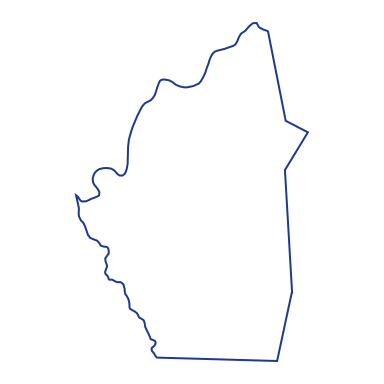 St. Joseph Estate, Dennery, Saint Lucia (Equal Earth projection)
{"feature_id": "8701671B99871718233737", "entity_name": "St. Joseph Estate", "entity_type": "district", "adm_level": 2, "iso_a3": "LCA", "parent_name": "Saint Lucia", "parent_adm1": "Dennery", "projection": "equal_earth", "projection_center": [-60.918, 13.902], "detail": "fine", "context": "isolated", "style": "outline", "palette": "blue", "viewbox_px": 384, "rotation_deg": 0, "n_neighbors": 0, "source": "geoboundaries", "source_scale": "gbopen_adm2", "svg_char_len": 2961}
<svg xmlns="http://www.w3.org/2000/svg" viewBox="0 0 384 384"><path d="M78.9,208.2L78.8,210.3L78.7,213.9L79.0,216.3L79.9,218.4L81.2,220.8L82.7,222.2L83.6,223.4L84.8,225.7L85.7,228.2L87.4,233.3L88.1,235.2L89.3,236.4L89.9,237.7L90.5,238.0L94.2,239.6L97.0,240.6L98.1,241.6L99.4,243.2L100.1,244.5L100.9,245.7L103.7,246.6L106.4,246.8L107.6,247.6L108.1,248.3L108.7,250.3L108.7,251.1L108.7,253.5L105.3,258.3L105.3,259.0L105.5,261.2L106.5,264.0L107.0,265.5L107.0,266.7L106.1,269.0L105.2,271.6L105.1,272.4L105.6,274.1L107.2,275.5L107.8,276.4L108.2,277.2L108.7,279.0L109.3,279.7L110.6,279.7L112.0,279.6L113.1,280.2L115.7,281.6L117.2,282.1L120.3,282.1L121.2,282.6L122.0,283.1L123.3,284.3L123.9,286.1L124.6,288.8L124.7,289.7L124.7,291.1L125.0,292.8L125.3,294.2L126.5,295.6L128.2,298.6L128.9,300.9L129.4,303.6L129.5,307.1L129.7,308.1L130.2,308.9L132.7,310.4L134.9,311.6L136.9,313.1L137.9,314.8L139.0,317.3L139.4,317.6L141.6,318.9L143.3,319.9L144.0,320.9L144.7,323.4L145.3,327.2L146.6,329.9L148.1,332.9L149.8,336.6L150.7,339.2L152.6,339.8L155.0,341.0L155.6,342.4L155.4,343.9L154.5,345.7L152.0,347.7L151.5,349.1L151.9,350.8L154.1,353.4L155.2,355.6L156.9,357.6L277.1,361.0L291.7,293.0L292.1,292.9L285.0,171.0L284.9,170.1L307.9,132.3L285.7,120.8L268.1,31.8L267.5,31.0L265.1,30.2L263.0,29.4L262.0,28.8L260.6,28.2L258.8,27.0L256.6,23.0L253.0,23.2L252.3,23.7L250.4,25.2L249.1,26.4L245.4,30.7L243.7,31.9L242.9,32.4L241.2,33.5L240.0,35.3L238.5,38.0L238.1,39.3L237.9,39.8L237.2,41.3L236.5,42.6L235.9,43.6L235.2,44.6L233.7,45.6L232.0,46.3L230.8,46.7L225.3,48.6L225.0,48.8L218.4,50.4L215.6,51.3L215.2,51.5L213.2,53.0L212.4,54.2L212.0,54.7L210.8,56.9L209.9,59.1L209.6,59.8L208.1,64.7L206.9,67.6L205.3,72.6L203.3,77.0L203.1,77.3L201.2,80.8L199.7,82.6L199.1,83.4L197.3,84.3L196.6,84.5L194.2,85.7L193.3,86.0L191.7,86.4L187.5,87.3L183.9,87.3L179.8,86.4L175.7,84.7L173.1,82.5L169.4,80.4L166.9,79.9L165.7,79.7L164.1,79.5L163.3,79.5L161.4,79.9L160.1,80.8L159.9,80.9L159.7,81.4L158.8,83.1L157.3,87.4L155.5,92.9L154.9,94.9L152.8,98.1L150.6,100.3L147.2,102.1L144.9,103.3L144.0,104.3L142.1,106.5L140.9,108.8L140.5,109.4L138.1,114.4L137.5,115.4L135.9,119.2L134.3,123.0L132.6,127.1L131.2,131.4L128.9,139.6L128.4,144.1L128.1,146.5L127.8,157.1L127.7,162.1L127.7,163.4L126.7,169.1L125.5,172.5L125.2,173.1L124.7,173.8L123.5,174.8L122.5,175.5L119.7,175.5L117.6,174.2L117.4,174.0L115.7,172.0L114.1,170.3L113.2,169.8L112.4,169.3L111.1,168.6L109.2,168.3L108.9,168.2L105.9,168.0L104.3,168.1L103.5,168.1L99.8,169.0L99.4,169.1L98.4,169.7L97.4,170.3L96.5,171.1L95.1,172.4L93.9,174.5L93.7,174.9L92.9,177.8L92.7,179.7L93.0,181.4L93.1,182.3L94.2,184.7L94.6,185.1L95.4,186.0L96.5,187.5L97.4,188.6L98.5,190.4L99.0,191.3L99.2,191.7L99.4,192.2L99.3,193.4L99.2,194.3L99.0,195.5L97.7,196.3L97.4,196.4L94.2,197.8L90.7,199.0L89.6,199.8L85.9,201.3L83.8,201.4L82.0,201.5L81.7,201.3L80.7,200.7L79.7,199.5L79.2,198.9L78.7,198.0L78.2,197.0L77.8,196.7L76.1,195.4L78.9,208.2Z" fill="none" stroke="#1e3a8a" stroke-width="2"/></svg>